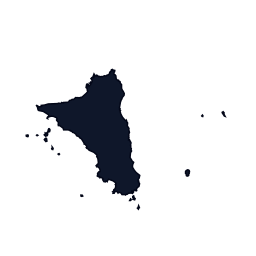 outline of Sicilia, Enna, Italy, rotated 231°
{"feature_id": "23120603B91569774900330", "entity_name": "Sicilia", "entity_type": "district", "adm_level": 2, "iso_a3": "ITA", "parent_name": "Italy", "parent_adm1": "Enna", "projection": "albers", "projection_center": [13.963, 37.152], "detail": "fine", "context": "isolated", "style": "filled", "palette": "ink", "viewbox_px": 256, "rotation_deg": 231, "n_neighbors": 0, "source": "geoboundaries", "source_scale": "gbopen_adm2", "svg_char_len": 5683}
<svg xmlns="http://www.w3.org/2000/svg" viewBox="0 0 256 256"><g transform="rotate(231 128 128)"><path d="M188.0,123.4L185.9,120.9L185.6,120.9L185.5,121.5L185.1,121.3L185.2,121.6L185.0,121.2L184.2,121.1L183.0,120.1L181.7,119.9L181.2,117.6L180.9,111.6L181.4,110.9L181.1,110.5L181.5,110.4L181.5,111.1L181.5,111.3L181.5,110.5L181.4,110.3L182.2,109.2L182.0,108.8L183.2,108.2L183.4,107.6L184.6,106.5L184.4,103.7L185.4,102.6L185.4,101.4L186.2,99.8L185.6,98.4L185.9,97.4L188.4,94.0L188.1,93.7L188.3,93.3L189.5,92.5L189.2,92.0L189.5,91.2L191.1,89.5L191.2,88.8L196.9,81.1L198.4,77.5L200.1,74.9L199.6,74.7L199.7,75.0L199.4,75.1L199.9,72.9L200.4,72.2L203.0,71.3L203.0,71.0L201.3,70.8L198.6,69.5L197.7,69.7L194.2,72.6L188.6,74.5L186.7,74.0L187.1,74.0L186.8,73.6L187.2,72.5L186.6,71.2L186.3,71.2L186.0,71.4L186.5,71.5L186.7,72.7L185.6,75.6L184.1,77.3L181.0,78.9L179.5,78.5L179.3,77.8L179.7,77.8L178.9,77.4L175.9,77.4L174.9,76.1L173.7,75.4L172.7,76.5L168.7,77.5L167.1,76.8L164.5,80.0L162.8,81.4L162.2,81.7L162.0,81.4L160.7,82.3L159.5,82.2L158.2,83.1L156.1,83.6L154.3,83.2L152.1,84.5L150.8,84.3L148.8,85.0L144.0,84.4L143.1,83.8L142.3,84.5L139.8,84.4L138.5,83.5L138.7,83.2L138.1,83.2L136.8,83.8L135.2,83.8L130.6,86.2L127.0,86.8L125.6,86.4L125.5,86.2L125.4,85.8L126.1,86.0L125.6,85.8L123.3,85.4L119.9,83.3L118.7,81.9L119.0,81.5L118.7,81.1L119.0,80.8L118.6,80.1L118.8,79.6L117.6,79.2L117.2,80.0L115.0,80.5L112.6,79.8L111.8,78.7L112.0,78.4L112.0,78.5L112.3,78.9L112.5,79.0L112.3,78.8L112.2,78.5L112.0,78.2L112.4,78.5L112.0,78.0L112.3,77.5L111.9,76.0L111.6,75.5L110.5,75.1L110.5,74.5L110.0,73.9L108.5,74.5L108.3,75.2L107.0,74.9L107.1,75.4L106.8,75.8L105.0,76.6L103.8,76.5L103.7,75.8L101.5,75.5L100.4,76.5L100.7,77.0L100.1,77.6L100.2,78.0L99.4,78.1L100.0,79.1L100.4,80.7L96.2,83.2L93.3,83.9L92.4,83.6L92.0,82.5L91.6,82.7L90.9,82.2L89.7,81.0L88.9,79.5L89.0,78.2L88.1,77.2L88.1,75.9L86.9,76.1L86.6,75.4L86.0,76.2L86.8,77.9L85.7,79.5L83.7,79.3L83.8,80.2L83.1,81.0L81.6,81.7L80.1,81.4L78.1,83.8L76.9,84.0L78.1,84.2L77.5,84.3L77.5,85.1L77.0,85.7L77.0,87.3L75.5,89.5L76.6,91.3L75.7,92.6L75.8,93.6L75.6,94.1L74.7,94.5L74.9,94.2L74.0,94.9L74.5,95.8L74.4,95.3L75.3,96.4L75.9,98.0L75.7,99.1L76.0,99.6L75.8,99.8L76.9,101.3L77.7,102.1L79.6,102.1L80.1,102.5L80.1,102.8L80.2,103.0L80.4,103.1L80.1,102.7L80.5,102.3L80.3,102.8L80.6,102.7L81.5,103.4L82.1,105.2L83.8,107.3L88.3,106.3L91.2,106.3L94.7,106.8L96.5,108.4L97.8,110.8L100.1,110.3L100.3,110.4L100.0,110.5L103.8,111.0L107.2,114.4L107.9,116.3L108.8,116.3L109.9,117.6L111.1,117.8L112.6,119.1L113.1,119.1L114.1,120.5L115.0,121.2L115.6,121.1L116.3,121.5L117.5,121.3L118.1,122.1L118.0,121.5L118.3,121.5L118.2,121.9L118.4,121.4L118.6,121.8L119.3,121.6L120.1,122.5L120.1,122.8L120.2,123.0L120.9,123.0L121.9,124.2L122.8,124.6L123.6,126.3L126.2,127.5L127.1,128.5L130.1,128.8L132.2,130.9L134.4,131.1L134.5,131.5L134.8,131.8L134.5,131.3L135.0,131.5L134.9,131.2L135.1,131.2L134.9,131.8L135.1,131.0L136.2,130.6L140.0,130.5L143.7,131.3L146.6,132.7L146.6,132.9L146.9,132.7L147.8,133.1L148.1,133.5L147.4,134.5L148.1,133.5L149.2,134.2L152.8,138.3L154.4,140.9L154.4,141.5L155.3,142.7L155.9,145.5L157.2,146.8L159.5,147.3L159.5,147.2L159.4,147.2L159.9,147.1L162.8,147.9L165.8,150.3L167.6,150.2L169.1,151.0L170.5,150.3L170.8,150.4L171.0,150.7L171.4,150.8L170.9,150.4L171.1,150.5L171.2,150.0L173.6,149.7L176.2,151.4L177.6,151.4L178.1,150.9L179.0,151.2L179.9,151.9L180.2,153.1L180.8,153.2L181.1,153.9L182.6,152.8L182.6,152.4L183.3,152.7L183.7,151.8L183.0,151.0L182.8,148.8L182.3,148.6L181.7,147.1L181.7,145.9L182.3,145.1L182.1,144.2L182.4,143.5L183.4,142.6L184.1,140.1L184.8,139.7L185.4,138.5L186.3,138.1L186.2,137.6L188.4,137.1L188.1,136.7L188.7,136.4L188.5,136.2L188.6,135.6L189.9,135.0L190.5,135.5L191.4,135.6L190.2,133.6L189.5,134.1L188.9,133.7L188.7,133.0L189.0,132.5L189.5,132.5L189.6,132.8L189.7,133.1L189.8,132.7L189.8,132.3L189.4,132.3L189.9,131.7L189.7,130.3L188.2,130.3L188.2,130.2L188.3,130.1L188.6,129.9L188.2,130.2L187.3,129.9L186.6,129.3L186.6,128.5L187.0,128.0L187.6,128.4L187.1,127.7L186.6,128.1L186.0,128.0L185.8,127.1L186.2,127.0L186.3,126.9L185.8,127.0L185.1,125.9L185.1,124.8L185.5,124.3L185.1,123.8L185.6,123.8L186.3,123.2L186.6,123.7L186.4,124.4L186.7,124.8L186.7,123.6L186.9,123.4L187.9,123.9L188.0,123.4ZM54.2,143.4L53.4,143.7L53.0,144.5L53.0,145.3L54.0,146.2L54.2,147.0L54.8,147.2L55.2,148.2L56.1,148.7L57.1,148.7L58.0,148.0L58.3,146.6L58.1,145.5L56.6,144.2L56.0,144.4L54.2,143.4ZM175.4,58.6L173.5,58.8L172.9,60.5L173.5,61.5L174.3,61.8L174.7,62.7L175.2,62.8L175.5,62.2L175.2,61.1L176.2,60.6L175.5,60.2L175.4,58.6ZM171.6,55.6L169.2,55.6L168.8,56.7L170.9,58.0L171.8,57.9L171.7,57.2L171.9,56.6L171.6,55.6ZM175.4,63.2L175.2,63.9L174.7,63.9L174.9,64.0L174.5,64.7L175.0,65.6L176.1,66.4L177.1,66.3L177.3,66.0L176.8,64.9L176.3,64.3L175.4,64.1L175.7,63.5L175.4,63.2ZM69.5,87.0L68.0,88.0L68.6,89.1L70.7,88.9L71.3,89.7L71.8,89.6L71.8,88.6L71.0,88.0L70.1,88.4L69.5,87.0ZM76.7,210.4L76.0,210.8L78.1,211.2L79.4,212.1L79.6,211.7L79.6,212.2L80.8,212.2L80.8,211.8L80.3,211.6L80.8,211.0L80.6,210.8L76.7,210.4ZM185.5,43.8L184.3,44.7L184.5,45.4L185.3,45.9L185.8,45.6L186.4,44.3L185.5,43.8ZM59.8,84.9L58.4,85.0L59.0,86.1L58.9,86.7L60.9,87.3L59.8,85.7L59.8,84.9ZM159.2,55.5L158.6,56.0L159.3,57.0L160.8,57.1L160.2,56.7L160.1,55.8L159.2,55.5ZM104.7,48.6L103.9,49.1L103.6,50.0L104.5,50.2L105.5,49.2L104.7,48.6ZM75.4,89.7L74.3,90.3L75.0,92.8L75.3,91.3L75.0,90.3L75.4,89.7ZM70.6,83.7L70.1,84.3L70.1,85.0L70.6,85.5L71.3,85.4L70.6,83.7ZM91.0,192.9L90.4,192.9L89.9,193.3L90.3,193.9L91.2,194.0L91.0,192.9ZM151.6,57.2L150.7,57.5L150.8,58.3L151.5,58.3L151.8,57.4L151.6,57.2ZM179.9,52.4L179.2,52.5L179.1,53.3L179.9,53.0L179.9,52.4Z" fill="#0f172a" stroke="#020617" stroke-width="1.5"/></g></svg>